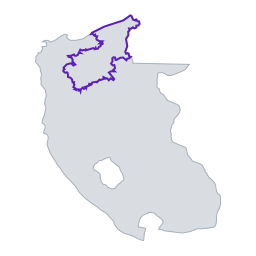 location of Namakwa, Northern Cape, South Africa, rotated 90°
{"feature_id": "47623444B2552562251298", "entity_name": "Namakwa", "entity_type": "district", "adm_level": 2, "iso_a3": "ZAF", "parent_name": "South Africa", "parent_adm1": "Northern Cape", "projection": "albers", "projection_center": [17.588, -30.489], "detail": "medium", "context": "in_parent", "style": "outline", "palette": "violet", "viewbox_px": 256, "rotation_deg": 90, "n_neighbors": 0, "source": "geoboundaries", "source_scale": "gbopen_adm2", "svg_char_len": 5250}
<svg xmlns="http://www.w3.org/2000/svg" viewBox="0 0 256 256"><g transform="rotate(90 128 128)"><path d="M196.6,35.6L204.3,35.4L207.7,36.3L211.6,38.4L215.4,39.4L222.0,39.6L224.2,40.1L225.9,40.9L227.1,41.9L228.2,48.5L228.9,55.6L228.6,57.8L228.7,58.7L230.2,61.9L230.6,63.8L231.5,65.4L232.9,73.1L233.0,74.4L230.7,92.2L229.6,94.2L229.6,97.1L228.5,97.3L222.6,93.0L221.5,93.0L219.6,94.1L217.7,96.0L216.7,97.7L213.0,102.1L212.4,105.1L212.4,107.8L213.4,108.0L213.9,110.0L215.3,113.2L217.9,115.5L220.5,116.7L224.2,117.4L227.1,117.7L227.2,115.6L228.5,110.3L233.4,111.6L240.6,112.4L239.7,115.8L236.0,123.5L233.1,132.3L230.4,136.6L228.9,138.3L225.0,141.2L223.1,142.1L221.5,142.3L214.8,148.3L212.2,151.3L209.6,155.8L207.4,158.1L203.9,163.4L198.1,171.0L193.3,175.9L191.3,177.3L190.0,177.9L186.3,180.6L181.2,185.2L177.2,189.3L171.5,193.8L168.2,195.8L163.3,199.7L161.9,200.2L156.5,203.8L152.6,206.0L146.4,208.3L144.0,209.0L138.4,207.8L136.1,208.0L134.0,209.6L133.6,212.1L132.8,212.4L127.7,210.9L125.5,210.9L124.2,212.2L123.1,213.8L120.2,213.7L115.0,211.6L108.9,210.2L107.4,210.0L104.4,211.2L103.3,211.3L99.0,210.8L96.6,209.9L94.2,209.8L92.4,210.4L90.3,210.5L84.3,215.0L81.3,214.8L78.7,215.3L74.1,214.5L72.7,214.8L71.3,215.6L68.2,215.8L67.0,216.5L61.6,220.6L59.5,220.1L56.7,220.0L53.7,217.7L52.5,217.8L52.8,217.2L52.9,216.0L51.9,214.7L50.6,214.8L50.0,213.7L48.2,213.6L46.6,213.9L46.4,210.0L45.6,209.6L43.8,209.5L42.9,209.6L42.4,210.0L41.9,210.9L41.9,213.6L41.3,212.8L40.5,211.2L40.3,209.4L40.6,207.3L42.0,206.5L41.6,203.9L39.4,199.4L38.1,198.4L37.1,196.0L36.0,195.2L35.6,193.6L34.5,192.3L34.2,190.2L34.8,189.0L35.7,188.4L36.6,189.4L37.7,189.0L39.4,187.5L40.4,185.3L40.4,181.6L40.2,179.4L38.9,173.5L38.3,172.2L35.4,168.0L32.0,162.3L27.6,153.5L25.5,148.2L22.2,137.5L19.4,131.4L15.8,125.8L15.4,125.4L15.9,124.7L17.8,123.4L18.6,123.0L19.1,123.2L19.5,122.8L19.9,122.0L20.2,120.0L21.1,117.8L21.9,116.9L23.5,116.3L24.8,117.1L25.4,117.9L25.6,118.9L26.1,119.4L27.0,119.4L27.7,120.0L28.0,121.3L28.0,122.2L27.5,122.8L27.5,123.6L28.2,124.5L28.9,126.6L32.3,127.7L34.2,127.8L36.0,128.3L37.7,129.3L40.5,129.5L44.4,129.1L47.6,129.3L50.2,130.3L52.0,130.4L53.1,129.9L53.6,129.1L53.5,128.0L54.1,127.3L55.3,127.0L56.4,126.2L57.2,124.9L59.0,123.9L61.8,123.1L63.2,123.1L64.4,66.7L69.4,70.7L70.5,72.5L72.9,77.8L75.3,84.4L75.6,87.6L75.5,88.3L72.8,92.5L72.6,94.6L72.8,97.1L73.4,98.3L74.1,98.7L76.0,98.2L78.7,98.9L84.0,98.8L86.6,99.2L87.3,99.0L87.9,98.5L88.6,97.1L89.3,96.6L91.8,96.1L92.9,95.2L94.8,92.4L100.2,88.7L100.8,87.7L104.6,78.5L105.6,77.2L107.2,76.4L110.1,75.8L111.8,76.3L113.6,77.2L115.6,78.7L118.6,81.4L119.6,81.9L122.7,82.1L124.5,83.9L130.2,85.4L131.9,85.5L133.8,84.7L136.8,84.9L140.0,84.5L142.1,83.0L146.5,73.0L147.1,70.8L147.6,70.2L150.7,69.2L154.5,68.6L155.3,68.2L157.9,65.6L161.2,63.4L164.0,55.4L165.5,53.6L166.5,52.9L167.0,52.9L167.8,52.5L169.0,51.6L170.2,51.0L171.7,50.9L172.6,50.3L173.1,49.3L173.9,48.8L174.9,48.9L175.6,48.6L175.8,47.9L178.3,46.4L178.4,45.7L179.9,44.1L182.7,41.6L185.3,40.3L187.6,40.2L192.0,39.2L193.7,38.1L194.8,36.4L196.6,35.6ZM177.6,155.8L181.3,154.8L184.1,153.2L185.0,149.9L187.2,148.1L188.2,146.2L189.0,143.7L188.1,140.8L186.5,139.8L183.8,137.1L182.6,135.4L180.9,133.8L179.8,132.1L177.7,132.4L174.4,133.4L172.2,134.4L170.4,135.7L167.3,136.5L164.1,140.7L163.1,141.7L160.7,144.8L157.3,146.2L157.2,146.8L158.0,149.6L159.3,152.4L160.6,154.7L160.4,156.1L160.8,157.2L162.1,158.0L164.2,161.0L165.3,161.9L168.7,162.9L169.2,162.8L170.3,161.2L170.6,160.1L173.2,156.8L174.4,155.8L177.6,155.8Z" fill="#d9dde1" stroke="#a8b0b8" stroke-width="1"/><path d="M67.6,192.4L69.2,191.5L69.6,192.5L71.4,192.6L72.8,190.6L72.3,189.0L73.0,188.3L77.1,187.9L77.5,186.0L79.1,184.1L82.3,183.4L82.2,181.9L84.2,182.2L84.8,181.6L87.2,182.6L88.5,180.3L89.2,179.9L89.5,180.9L90.1,179.6L89.3,178.9L89.5,176.4L90.6,177.0L90.6,175.7L91.2,175.5L89.2,175.1L87.5,173.1L88.8,172.3L88.1,170.4L86.9,170.8L86.7,170.1L87.9,169.7L86.3,169.2L85.7,167.2L83.8,166.8L83.9,165.3L85.0,165.6L84.6,164.5L82.5,163.8L81.8,159.6L82.3,159.0L79.6,156.5L80.1,155.8L79.0,152.5L77.1,152.5L78.1,150.6L79.6,150.6L78.2,150.3L78.4,148.7L80.3,147.2L78.4,145.4L80.1,142.6L79.0,141.8L72.6,147.1L71.3,145.1L71.4,141.3L70.0,142.8L68.2,141.0L65.1,141.7L65.3,143.4L63.6,144.9L61.4,143.5L58.4,143.7L57.3,142.6L57.5,140.9L59.9,140.5L60.0,139.8L57.8,135.7L57.5,132.9L60.3,129.6L58.8,128.9L58.2,126.7L56.8,125.2L56.2,126.9L53.5,127.4L53.1,128.5L53.8,129.8L51.9,130.8L46.2,128.7L38.9,130.0L35.2,127.6L31.6,127.8L30.5,126.4L28.5,127.0L28.7,124.7L27.3,123.2L28.4,121.7L27.5,119.6L25.7,119.7L25.4,117.5L23.9,116.4L21.4,117.0L21.3,118.5L20.1,119.3L20.4,120.0L19.5,120.1L20.2,121.5L19.7,122.9L15.8,124.6L15.4,125.7L20.4,132.7L26.6,151.8L32.8,164.1L34.0,164.8L33.7,163.5L35.2,162.2L34.6,160.9L36.1,160.8L36.3,158.8L38.5,159.7L39.7,159.3L41.1,156.8L41.3,153.8L43.2,156.0L42.9,153.5L43.8,153.3L44.9,155.3L46.3,155.5L46.8,157.0L48.8,158.2L48.9,160.1L47.8,160.4L49.2,161.3L48.1,162.8L49.9,168.7L49.4,170.1L50.4,170.3L50.0,172.5L50.5,173.7L49.6,175.7L52.0,176.8L53.0,175.5L52.8,177.3L54.8,178.1L55.6,179.5L55.8,179.0L55.6,181.5L54.5,182.1L55.8,185.1L55.9,188.0L56.9,187.4L57.6,184.5L59.8,183.3L61.3,183.6L64.6,180.7L65.5,182.6L63.8,184.3L63.2,183.9L63.6,186.6L64.5,189.4L67.6,192.4Z" fill="none" stroke="#5b21b6" stroke-width="2"/></g></svg>